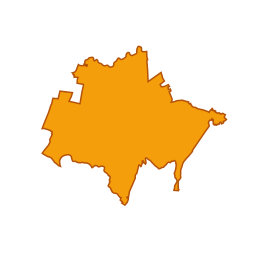 outline of Gura Ocnitei, Dâmbovita, Romania, rotated 136°
{"feature_id": "2599482B41212153324828", "entity_name": "Gura Ocnitei", "entity_type": "district", "adm_level": 2, "iso_a3": "ROU", "parent_name": "Romania", "parent_adm1": "Dâmbovita", "projection": "robinson", "projection_center": [25.584, 44.936], "detail": "fine", "context": "isolated", "style": "filled", "palette": "amber", "viewbox_px": 256, "rotation_deg": 136, "n_neighbors": 0, "source": "geoboundaries", "source_scale": "gbopen_adm2", "svg_char_len": 5687}
<svg xmlns="http://www.w3.org/2000/svg" viewBox="0 0 256 256"><g transform="rotate(136 128 128)"><path d="M111.8,206.3L112.7,205.9L113.8,204.9L115.2,204.5L114.5,203.3L113.4,201.9L113.4,201.7L114.7,201.0L115.8,203.3L117.8,204.7L118.7,205.8L119.4,206.9L119.6,208.1L125.5,205.4L127.5,205.2L129.7,206.3L129.4,205.2L130.1,204.8L130.4,204.6L130.4,204.3L130.3,204.0L129.9,204.1L129.8,203.2L130.0,203.0L130.9,202.7L131.5,201.8L130.5,201.1L128.8,199.1L130.9,198.0L133.5,195.6L129.8,190.3L131.2,189.1L135.8,186.1L145.7,178.8L151.9,188.2L147.2,189.9L143.4,192.0L151.3,201.8L157.9,197.6L158.2,197.7L159.0,199.0L159.8,199.6L161.0,201.2L161.4,201.5L166.6,198.1L167.3,198.1L174.4,194.3L185.5,189.4L190.2,187.2L189.2,186.5L188.6,185.7L187.4,183.7L185.6,180.1L185.8,179.6L185.3,178.7L185.2,178.0L185.7,177.5L186.7,177.3L187.0,176.7L186.9,176.1L192.2,174.0L192.8,173.6L193.1,172.8L193.7,172.1L197.0,170.9L203.6,170.1L207.3,169.4L206.6,166.5L205.6,163.2L204.6,161.6L204.0,159.6L204.4,155.8L204.7,154.5L204.2,151.7L204.2,149.4L203.2,147.3L202.3,149.1L201.1,150.7L199.9,152.0L198.2,152.7L196.3,153.2L193.7,152.9L190.6,151.2L189.6,150.4L189.0,149.5L188.6,148.5L188.5,147.6L188.9,146.4L189.5,145.5L190.4,143.8L190.8,142.5L190.4,141.8L189.2,140.8L188.7,139.7L188.5,138.8L187.8,137.6L186.9,136.5L185.9,135.7L184.9,135.2L183.2,132.6L182.1,131.8L181.2,129.7L180.9,128.8L180.9,126.7L181.2,125.4L181.5,124.8L181.3,124.3L178.0,124.0L176.5,122.4L176.3,120.6L175.3,119.9L173.8,119.1L173.1,118.5L172.3,117.2L172.2,116.6L172.4,115.9L172.8,115.4L174.7,114.2L175.1,113.5L175.2,112.6L174.7,110.8L174.7,108.4L175.1,107.7L175.1,107.3L174.6,106.9L174.5,106.6L174.8,106.3L174.8,105.2L175.3,104.6L177.2,103.8L178.0,102.9L177.9,102.3L178.5,101.8L179.2,101.7L179.6,101.2L182.2,100.4L182.6,99.6L182.7,99.1L182.3,98.3L182.3,96.9L182.7,96.4L182.8,95.7L183.2,95.3L183.2,94.3L183.6,93.7L183.5,93.2L183.8,92.7L183.3,90.9L182.5,89.9L181.8,88.9L181.4,87.9L181.9,85.8L181.8,85.1L182.0,83.6L181.3,82.7L183.7,81.5L183.6,79.5L183.3,79.4L183.2,79.1L183.4,78.8L183.5,78.2L184.6,78.3L183.8,74.7L180.4,75.0L179.4,75.4L177.3,76.5L176.3,77.4L177.2,78.4L176.3,79.0L175.4,78.1L171.2,81.2L157.6,86.9L157.3,87.1L157.2,87.5L156.5,88.2L155.5,88.9L154.6,89.2L153.2,89.2L145.8,93.9L145.6,93.8L145.4,92.1L145.5,91.3L145.1,91.3L142.5,92.7L141.6,92.8L141.2,93.2L140.9,94.3L140.4,94.2L140.0,93.8L139.9,93.1L140.8,91.9L140.5,89.9L139.3,90.3L138.9,91.0L138.0,92.0L136.7,94.0L136.2,94.1L135.9,94.0L135.4,93.3L135.2,90.9L134.5,89.1L134.7,86.8L134.7,82.0L134.2,78.9L134.1,77.1L132.5,76.3L131.2,76.2L130.3,75.4L129.7,75.1L127.9,75.2L125.9,75.1L124.6,75.4L123.1,75.4L122.4,75.2L121.7,73.7L119.5,73.8L118.9,72.8L117.5,72.5L117.3,72.4L117.0,72.0L117.2,71.0L117.6,69.8L118.4,69.1L118.7,68.2L121.3,66.0L124.0,64.2L125.5,63.6L126.4,63.1L126.8,61.9L128.4,60.0L128.7,58.9L128.6,58.3L128.8,57.2L129.4,55.9L129.7,55.5L132.7,54.5L134.2,54.2L136.5,52.3L138.3,51.3L135.3,47.9L134.2,48.3L134.1,48.8L134.2,49.6L133.9,49.9L133.4,50.0L132.9,50.4L132.6,51.2L132.0,51.4L131.7,52.0L129.7,53.8L129.3,54.5L129.0,54.8L125.6,55.3L124.5,55.6L123.5,57.0L119.4,61.0L118.3,61.7L116.3,62.6L113.7,64.2L112.5,64.7L110.9,65.1L106.2,65.6L103.4,65.7L97.8,66.4L97.5,67.0L96.9,67.2L73.3,72.1L70.6,72.5L68.1,73.0L67.9,73.6L67.1,74.4L66.9,75.3L66.0,76.3L65.3,76.7L64.5,76.5L63.8,76.8L62.8,76.0L61.3,76.3L61.6,75.8L61.9,75.6L62.1,75.1L61.1,75.0L60.9,74.9L60.9,74.7L61.5,74.4L61.8,73.8L62.1,73.7L62.3,73.3L63.2,72.3L63.4,71.8L63.8,71.8L63.9,70.3L63.4,70.0L62.7,70.1L62.5,69.8L63.0,69.4L62.6,68.7L62.4,68.6L62.0,68.5L61.5,68.7L61.0,68.1L60.4,68.3L60.3,68.2L60.4,67.8L59.9,67.6L59.6,67.7L59.1,67.4L58.2,68.2L58.0,67.9L58.1,67.7L57.2,67.6L57.1,67.4L57.3,67.0L57.2,66.5L57.5,66.1L57.1,66.1L57.0,65.7L56.7,65.6L55.8,65.3L55.0,66.0L54.8,66.5L53.5,65.8L52.7,65.9L52.1,65.7L51.9,66.0L51.3,65.8L51.2,66.7L51.4,67.8L51.6,68.1L50.9,69.1L48.7,70.0L49.1,70.7L49.6,72.6L49.9,73.0L50.7,72.9L51.7,73.8L51.8,74.0L51.6,74.3L52.0,74.8L52.0,75.0L51.8,75.2L51.9,75.5L52.5,76.1L53.2,76.5L53.3,76.8L53.7,77.3L54.1,78.8L53.4,79.0L53.2,79.2L53.3,79.6L53.4,80.0L54.1,80.1L54.2,80.9L54.0,81.2L54.1,81.5L54.3,81.7L54.7,81.5L55.2,82.3L54.3,82.5L53.7,83.4L53.8,83.6L54.0,83.7L54.6,83.4L56.6,83.6L57.2,83.3L58.1,83.3L58.8,83.0L58.9,83.8L61.4,88.8L62.8,90.9L64.2,93.0L64.8,94.4L65.0,95.7L66.5,97.6L66.8,98.7L66.9,99.2L66.5,100.0L66.4,100.8L66.5,101.4L66.8,101.8L66.0,102.2L67.0,103.2L67.2,103.9L67.1,104.2L66.3,104.6L67.0,106.0L67.8,106.6L68.2,107.9L69.2,109.1L69.3,110.0L73.5,113.4L74.7,114.1L75.9,114.5L77.5,115.4L78.4,116.3L79.0,116.6L76.8,117.6L76.2,118.1L73.2,125.5L72.1,125.1L71.3,124.9L70.5,126.7L71.5,127.0L72.1,127.6L71.0,129.5L70.7,129.6L69.4,129.0L68.9,131.1L69.5,131.4L72.2,132.2L74.3,133.5L75.4,134.7L74.7,137.0L69.2,136.5L68.5,139.5L65.6,145.0L81.3,147.4L73.3,156.5L67.4,163.7L66.5,163.4L64.8,166.3L61.4,170.1L63.2,171.4L64.3,172.6L64.6,173.7L64.6,174.3L63.0,175.8L62.5,176.7L62.6,177.4L63.3,178.9L63.4,179.2L63.9,179.5L64.5,179.5L65.3,179.2L66.7,178.6L67.8,177.7L69.3,176.1L70.7,175.8L74.9,177.3L75.4,178.5L75.5,179.2L75.3,180.2L74.9,180.9L74.8,181.4L75.1,181.9L76.0,182.5L77.2,182.5L78.0,182.2L79.0,181.6L79.3,181.0L80.2,180.7L80.8,180.6L83.9,181.2L84.9,181.7L85.7,182.7L85.9,184.5L86.1,184.7L86.6,185.0L87.1,185.1L89.9,184.3L92.0,184.6L92.9,184.5L93.5,184.3L94.5,183.2L95.4,182.8L97.0,183.1L98.5,184.2L98.9,184.8L99.0,185.1L99.0,187.1L99.5,187.7L101.5,188.9L101.9,189.2L102.5,190.8L102.5,192.6L102.9,193.5L103.6,194.6L103.7,195.3L103.7,196.3L103.0,197.4L102.8,198.6L103.2,199.2L105.3,199.4L105.6,199.8L105.5,200.7L105.2,201.2L104.5,201.8L104.2,202.7L104.3,203.2L104.7,203.8L107.0,205.4L108.0,205.5L108.8,205.3L109.8,205.5L110.4,205.7L110.9,206.1L111.8,206.3Z" fill="#f59e0b" stroke="#b45309" stroke-width="1.5"/></g></svg>